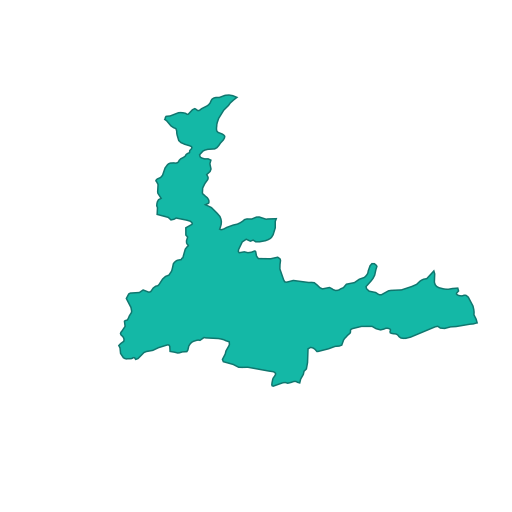 the border of Boyacá, rotated 61°
{"feature_id": "COL-1315", "entity_name": "Boyacá", "entity_type": "Department", "adm_level": 1, "iso_a3": "COL", "parent_name": "Colombia", "parent_adm1": "", "projection": "robinson", "projection_center": [-73.321, 5.85], "detail": "fine", "context": "isolated", "style": "filled", "palette": "teal", "viewbox_px": 512, "rotation_deg": 61, "n_neighbors": 0, "source": "natural_earth", "source_scale": "10m", "svg_char_len": 5898}
<svg xmlns="http://www.w3.org/2000/svg" viewBox="0 0 512 512"><g transform="rotate(61 256 256)"><path d="M418.0,94.1L421.7,95.0L421.5,95.6L420.7,99.0L419.4,101.8L414.7,115.2L412.3,120.2L410.8,126.2L408.4,129.7L405.6,131.1L404.8,133.6L401.9,160.1L400.6,164.9L399.5,167.0L398.0,169.0L395.9,170.0L394.2,170.2L392.8,170.8L391.7,171.8L390.6,173.5L389.3,175.0L388.3,175.8L387.2,175.5L386.6,174.9L386.0,174.3L385.5,174.1L384.8,174.3L383.8,175.0L382.7,176.3L382.1,177.7L381.9,179.6L381.0,182.9L377.8,186.2L373.8,188.6L368.7,197.9L366.3,206.7L366.2,208.2L366.5,209.2L368.4,210.3L369.1,211.2L369.8,214.5L370.5,216.4L371.0,218.2L371.8,220.0L375.5,224.2L375.1,226.9L373.4,230.6L372.3,237.6L369.6,247.9L369.1,249.0L366.3,249.6L364.4,250.5L363.2,251.6L362.4,252.7L362.4,255.5L374.2,262.6L379.2,266.7L380.1,269.9L382.5,272.0L385.3,276.6L388.2,279.3L386.4,281.1L385.5,281.5L384.6,282.6L384.0,284.0L383.6,286.5L383.1,288.4L382.6,290.0L381.0,291.5L380.2,293.1L379.8,294.4L378.2,304.0L377.3,304.8L376.3,304.6L374.6,303.4L371.9,301.1L371.1,300.1L370.0,297.8L369.3,296.6L368.4,295.9L367.2,296.0L365.7,296.8L362.8,300.6L349.3,317.1L346.7,322.1L344.9,325.1L339.8,328.5L332.6,335.8L330.2,335.5L326.8,330.4L324.5,328.3L321.5,323.4L320.6,322.2L318.1,321.0L315.3,323.6L313.9,324.5L312.1,326.3L310.0,328.8L303.2,339.7L302.1,341.0L302.6,345.9L301.7,347.0L301.3,347.8L300.9,349.1L300.3,352.1L300.3,354.1L300.9,356.1L302.1,358.4L305.2,361.2L306.1,362.9L304.2,366.8L303.5,370.1L302.8,371.6L300.7,373.8L297.8,377.4L293.2,375.2L291.5,375.4L290.8,376.6L288.9,385.7L288.5,392.0L286.4,398.2L286.1,400.8L288.5,408.9L288.1,411.4L286.2,411.5L285.6,412.3L285.3,413.0L285.5,413.8L285.4,414.5L285.1,415.3L283.6,418.1L283.2,419.2L282.2,420.3L280.7,421.3L275.6,421.7L270.5,419.5L267.8,419.4L267.0,416.9L266.5,413.0L265.4,412.1L264.2,411.6L263.0,411.5L261.8,411.6L259.6,412.3L258.1,412.1L257.2,411.0L256.6,409.5L254.1,404.6L249.3,402.7L249.1,401.8L249.6,399.6L248.7,398.0L246.9,395.7L245.1,392.4L244.0,391.5L240.4,390.3L230.3,390.0L227.5,385.7L227.5,383.9L231.4,375.7L231.0,371.2L235.8,367.2L236.1,365.3L234.2,361.4L233.8,358.4L234.4,356.3L234.0,354.7L230.9,348.9L230.0,345.1L230.5,341.4L228.6,337.7L228.0,336.8L226.0,334.9L222.7,332.0L222.0,330.4L221.6,328.4L221.6,327.0L222.2,325.0L222.9,323.3L222.1,321.9L222.1,320.8L221.9,320.6L220.8,319.6L215.7,314.5L214.5,311.6L214.2,310.2L213.5,310.1L212.5,310.4L211.0,310.4L209.1,309.5L206.3,306.6L203.7,307.2L197.3,303.7L197.3,296.7L196.5,295.9L195.9,295.9L194.7,296.2L193.6,296.7L190.9,299.4L184.1,307.4L184.1,309.9L183.2,312.9L179.7,314.0L171.7,322.3L165.9,318.7L164.0,318.5L162.1,317.2L160.8,316.0L159.5,313.9L159.6,311.0L153.6,311.4L152.2,310.9L150.0,309.5L146.0,307.0L143.3,306.9L141.7,307.1L141.0,306.1L140.8,304.9L141.0,302.4L141.1,301.4L140.1,298.6L134.9,292.8L133.2,289.0L133.0,287.6L133.2,285.9L134.7,282.8L135.9,281.2L136.3,279.5L136.1,278.2L135.1,276.8L134.5,274.6L134.6,272.2L134.5,270.4L134.3,269.3L133.4,268.0L133.2,266.6L133.2,265.3L133.4,264.5L133.3,264.0L133.0,263.7L132.5,263.4L132.0,263.1L131.6,262.6L131.4,262.0L131.2,261.2L130.9,260.4L130.1,259.5L129.0,259.4L127.3,260.7L123.6,264.3L121.8,265.6L120.6,266.6L117.6,267.6L111.8,266.3L110.1,265.7L108.3,264.8L106.1,264.3L105.3,264.6L103.9,265.8L101.0,267.3L94.3,268.6L92.3,269.6L91.8,268.8L90.8,268.0L90.3,266.9L91.9,263.2L93.1,254.4L94.0,252.4L95.5,250.2L97.1,248.4L98.6,247.7L99.2,246.6L97.3,240.8L97.4,238.2L98.1,237.6L100.1,236.7L100.8,236.2L101.2,234.9L101.1,233.9L100.9,233.0L100.8,232.0L101.0,226.2L100.8,224.2L99.9,221.9L98.2,219.7L97.5,218.3L97.4,216.2L97.9,214.3L99.6,211.1L100.5,205.1L102.1,201.6L104.5,198.6L108.0,195.8L108.5,199.0L108.7,200.2L109.7,204.4L111.0,207.1L112.8,213.5L117.5,221.9L120.2,224.9L121.8,226.4L123.5,227.5L124.6,228.3L125.6,228.9L126.7,229.4L127.9,229.7L129.6,229.2L132.8,226.5L134.5,225.6L136.1,225.3L137.4,226.3L138.6,228.2L140.0,232.4L141.3,234.9L142.3,237.7L142.3,240.2L139.3,246.5L138.6,249.3L138.5,251.4L140.1,256.3L142.1,256.8L143.0,256.6L144.5,255.5L146.2,253.8L147.8,250.8L150.3,249.0L152.9,251.6L158.1,253.2L159.8,255.2L160.9,259.7L163.1,259.7L164.5,260.0L165.7,261.1L167.9,265.7L170.7,269.7L175.0,272.4L176.4,272.3L177.9,271.6L178.9,271.4L181.3,270.4L183.4,270.2L184.7,270.4L186.0,271.0L186.8,271.8L186.6,275.4L192.1,271.5L200.1,269.2L204.0,268.4L206.8,268.8L209.3,269.7L211.5,271.2L213.8,273.5L214.9,274.8L216.1,273.8L216.5,272.4L216.8,270.9L216.8,267.9L217.9,260.9L219.1,256.8L219.3,253.5L219.1,250.7L218.6,248.4L219.2,246.0L221.6,241.8L222.2,236.7L223.5,234.2L228.8,229.3L229.3,227.8L233.2,220.2L235.1,222.4L240.7,225.5L245.7,230.7L247.2,233.4L247.6,235.0L247.6,237.5L247.2,240.3L245.3,246.0L243.5,249.3L240.7,250.8L240.4,253.1L240.3,253.7L237.6,255.7L236.6,256.4L237.0,261.2L241.9,268.1L243.5,269.3L245.0,269.1L246.7,264.2L249.2,261.5L250.5,258.1L250.9,254.9L251.4,254.3L252.1,254.2L256.3,255.6L259.4,255.2L265.5,244.6L267.6,237.6L269.9,236.5L270.5,236.4L271.9,236.8L275.0,239.1L278.9,241.4L290.3,243.4L292.5,243.4L293.7,242.1L295.5,235.2L304.7,222.8L306.0,220.3L307.6,218.0L311.0,216.6L314.7,215.5L317.0,213.8L319.2,207.0L321.4,205.5L322.7,204.9L324.7,203.2L325.5,201.5L325.9,200.1L325.8,197.6L326.1,194.9L324.5,190.6L327.0,182.8L326.4,176.9L327.3,171.6L326.8,169.7L325.9,167.5L324.8,166.1L323.5,165.1L319.8,160.9L318.9,158.3L320.1,156.2L322.5,155.3L323.7,155.3L326.0,157.7L330.3,161.5L332.3,164.5L333.6,167.4L336.1,174.6L338.3,175.2L341.6,174.1L346.0,169.0L348.4,167.8L349.7,166.9L350.7,165.2L350.7,157.0L351.5,154.7L356.2,145.2L358.2,134.6L358.7,129.3L357.5,124.6L357.4,122.4L357.6,120.6L358.6,117.6L355.3,107.7L358.3,108.4L365.4,112.7L368.0,113.2L370.2,112.8L372.4,111.4L375.7,107.9L377.2,105.9L378.4,103.8L379.7,99.9L381.9,95.1L384.8,95.8L385.6,98.4L386.4,99.1L387.5,98.8L388.7,98.0L389.8,96.7L390.6,95.5L391.0,94.4L391.1,93.4L391.6,92.2L392.4,91.3L394.9,90.3L405.0,90.5L408.4,91.5L410.8,92.5L413.1,93.9L418.0,94.1Z" fill="#14b8a6" stroke="#0f766e" stroke-width="1.5"/></g></svg>